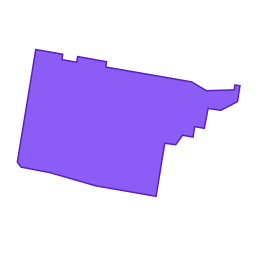 the district of Webster, Georgia, United States of America, rotated 99°
{"feature_id": "52423323B7808081062889", "entity_name": "Webster", "entity_type": "district", "adm_level": 2, "iso_a3": "USA", "parent_name": "United States of America", "parent_adm1": "Georgia", "projection": "albers", "projection_center": [-84.576, 32.076], "detail": "fine", "context": "isolated", "style": "filled", "palette": "violet", "viewbox_px": 256, "rotation_deg": 99, "n_neighbors": 0, "source": "geoboundaries", "source_scale": "gbopen_adm2", "svg_char_len": 486}
<svg xmlns="http://www.w3.org/2000/svg" viewBox="0 0 256 256"><g transform="rotate(99 128 128)"><path d="M96.4,231.5L178.9,232.0L183.4,227.5L184.2,200.1L184.2,199.0L190.2,150.6L191.1,89.6L137.3,89.3L137.1,78.3L126.6,73.0L126.8,62.3L116.2,62.4L116.4,52.6L96.2,51.9L96.0,39.1L84.8,24.0L68.7,24.0L68.7,29.2L73.7,29.1L78.9,56.4L72.5,72.3L71.3,159.4L65.9,159.6L65.3,188.9L71.1,188.9L70.8,204.0L65.4,204.0L64.9,231.4L96.4,231.5Z" fill="#8b5cf6" stroke="#5b21b6" stroke-width="1.5"/></g></svg>